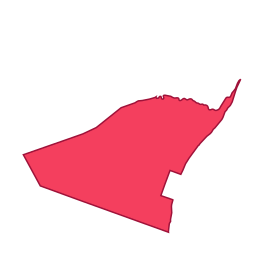 SVG path tracing the border of Trarza, rotated 200°
{"feature_id": "MRT-2788", "entity_name": "Trarza", "entity_type": "Region", "adm_level": 1, "iso_a3": "MRT", "parent_name": "Mauritania", "parent_adm1": "", "projection": "robinson", "projection_center": [-15.679, 17.405], "detail": "fine", "context": "isolated", "style": "filled", "palette": "rose", "viewbox_px": 256, "rotation_deg": 200, "n_neighbors": 0, "source": "natural_earth", "source_scale": "10m", "svg_char_len": 1957}
<svg xmlns="http://www.w3.org/2000/svg" viewBox="0 0 256 256"><g transform="rotate(200 128 128)"><path d="M112.4,166.8L112.4,166.7L111.8,166.0L111.2,165.7L110.2,166.2L109.7,166.5L109.4,167.0L109.3,167.8L109.2,168.1L109.0,168.4L108.7,168.7L108.3,168.8L108.0,168.9L107.7,168.7L107.2,168.2L106.8,167.6L106.4,167.1L105.7,166.9L105.1,167.1L104.7,167.6L104.6,168.3L104.9,169.0L105.6,169.8L105.8,170.2L105.8,170.5L105.6,170.8L105.3,171.1L104.3,171.5L99.3,172.3L98.6,172.4L96.4,172.0L94.9,172.0L94.2,172.2L92.3,173.1L91.6,173.3L90.9,173.3L90.4,173.0L90.0,172.5L89.8,172.0L89.3,171.6L88.6,171.5L88.0,171.9L87.4,172.4L86.3,174.2L85.8,174.7L85.3,175.0L84.6,175.0L82.6,174.6L81.9,174.7L81.4,175.1L80.4,176.1L79.7,176.6L79.0,176.8L78.3,176.9L77.6,176.7L76.5,176.1L76.1,176.0L74.6,175.9L72.5,175.1L71.8,175.1L70.7,175.3L70.3,175.3L68.7,174.9L68.0,175.0L66.2,175.9L65.9,175.9L65.6,175.9L65.0,175.6L64.6,175.5L64.2,175.6L63.9,175.8L63.6,176.0L62.5,176.2L61.4,176.1L60.5,175.6L59.7,174.7L59.2,173.8L58.8,173.4L58.4,173.1L57.8,172.9L57.3,173.1L56.7,173.3L55.4,174.4L54.9,174.6L54.4,174.7L53.9,174.7L52.3,174.4L51.3,174.6L50.3,175.3L49.4,176.2L48.8,177.2L48.5,178.2L48.2,180.3L46.3,189.2L46.1,189.9L45.8,190.4L45.1,190.9L43.4,191.4L42.7,192.0L42.4,193.1L42.2,196.7L41.4,198.8L40.7,201.1L40.5,201.7L40.4,207.5L39.9,210.4L38.8,212.4L39.6,203.5L39.5,198.8L39.0,188.2L39.5,184.7L39.8,183.7L41.1,181.0L41.5,178.4L41.9,177.6L42.4,176.2L42.4,170.5L42.7,168.2L46.4,157.8L47.4,156.0L48.1,152.5L48.9,150.7L51.1,147.2L55.1,137.8L55.3,136.5L56.0,135.5L60.3,120.6L61.7,114.1L62.0,107.1L62.5,102.5L74.0,102.5L74.1,87.8L74.0,75.7L61.7,75.9L61.2,75.8L60.8,70.9L60.3,69.0L57.9,63.3L56.8,56.7L56.0,54.6L56.4,53.3L56.4,51.9L54.6,44.5L54.3,43.9L143.8,43.6L145.7,43.6L190.6,43.6L217.2,67.1L181.2,96.5L168.3,107.1L158.0,117.5L141.4,144.7L130.2,153.9L129.9,154.2L128.9,155.6L127.6,157.0L124.0,158.7L117.7,162.5L113.2,165.8L112.4,166.8Z" fill="#f43f5e" stroke="#9f1239" stroke-width="1.5"/></g></svg>